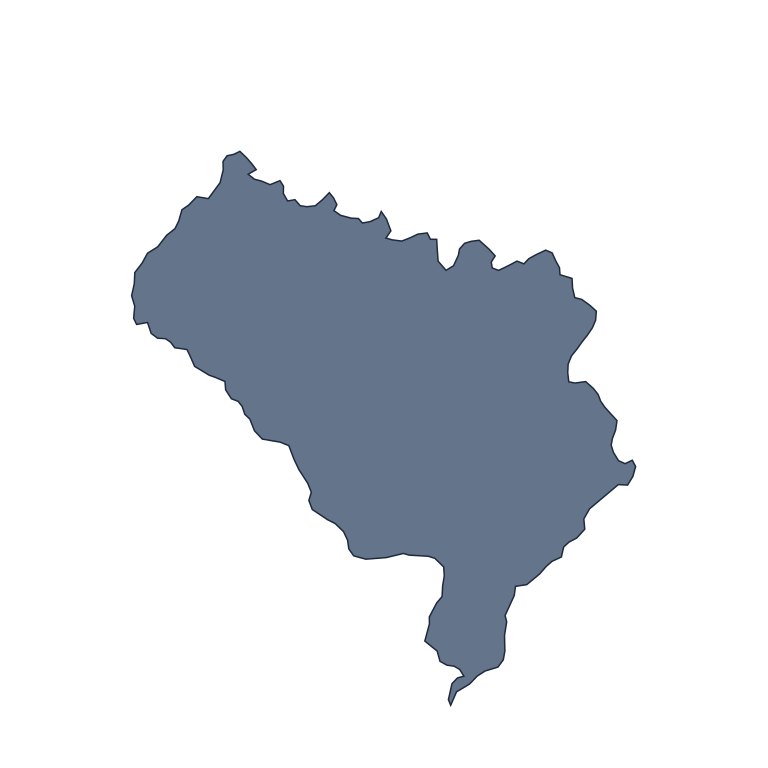 the district of Campo do Tenente, Paraná, Brazil, rotated 39°
{"feature_id": "56859067B28221247728736", "entity_name": "Campo do Tenente", "entity_type": "district", "adm_level": 2, "iso_a3": "BRA", "parent_name": "Brazil", "parent_adm1": "Paraná", "projection": "albers", "projection_center": [-49.655, -25.98], "detail": "fine", "context": "isolated", "style": "filled", "palette": "slate", "viewbox_px": 768, "rotation_deg": 39, "n_neighbors": 0, "source": "geoboundaries", "source_scale": "gbopen_adm2", "svg_char_len": 2606}
<svg xmlns="http://www.w3.org/2000/svg" viewBox="0 0 768 768"><g transform="rotate(39 384 384)"><path d="M636.9,309.3L635.6,299.2L631.5,289.8L624.9,287.0L621.5,294.2L614.5,296.0L605.2,292.7L599.0,288.5L595.8,282.6L593.0,274.1L588.1,265.8L577.3,264.2L570.3,263.1L563.2,261.0L557.0,257.4L549.5,255.7L539.2,255.2L531.8,263.1L526.2,266.0L519.7,259.6L514.6,252.7L512.0,244.1L512.0,235.2L511.4,226.0L511.4,218.5L510.6,209.2L508.3,201.2L503.2,193.8L494.8,193.3L484.5,193.8L477.9,196.8L470.2,190.8L463.7,183.6L452.0,188.3L447.2,183.2L440.4,180.4L432.2,176.3L425.4,178.2L420.9,187.6L417.7,195.4L417.1,202.6L410.0,204.8L407.4,211.0L404.4,217.7L401.5,223.6L395.1,225.7L390.6,221.7L389.8,214.5L380.7,213.1L367.5,212.4L362.0,218.2L358.1,223.9L357.7,231.5L360.8,237.2L363.6,248.3L360.7,256.6L348.8,254.5L340.6,245.8L333.9,238.4L329.0,242.3L322.5,239.4L316.0,246.2L312.2,254.1L307.9,261.7L299.5,266.9L293.6,269.3L293.0,260.7L282.0,254.2L273.3,251.7L275.2,258.2L270.9,266.7L265.9,272.5L260.0,271.5L254.2,275.7L244.2,280.2L236.0,280.8L234.5,274.3L227.6,271.1L221.1,269.7L220.2,279.4L218.4,288.8L212.4,294.8L206.6,298.2L198.8,296.8L193.9,302.4L185.9,299.3L181.4,293.5L175.2,291.4L170.0,300.8L161.3,303.3L154.4,306.4L146.4,306.5L149.8,297.8L142.5,296.0L134.3,294.6L125.6,293.9L122.7,300.1L118.4,305.4L118.8,312.3L124.3,318.8L129.9,330.7L130.8,350.5L120.7,356.2L119.6,368.0L117.3,375.7L121.9,386.5L123.8,394.8L121.5,405.2L121.8,419.9L117.9,431.2L119.9,442.0L120.2,454.2L126.8,463.2L132.3,474.2L141.3,480.4L148.1,490.5L154.3,493.4L161.5,485.0L171.2,491.2L179.2,490.9L185.7,486.3L191.8,485.8L198.5,487.5L209.2,481.2L215.7,484.3L225.8,489.5L242.5,487.2L248.5,485.1L258.8,482.1L264.6,488.2L274.7,491.5L281.5,489.3L287.9,490.7L295.0,495.2L301.8,495.7L312.9,501.9L324.1,503.4L340.0,494.5L348.8,491.8L361.4,499.1L371.8,504.1L387.3,509.2L395.6,513.8L398.9,521.8L407.3,526.7L425.4,525.0L433.9,523.2L445.5,524.2L454.0,528.3L460.4,534.3L468.5,536.6L474.0,534.3L480.2,531.5L495.0,517.5L505.7,503.5L511.2,501.2L526.8,490.0L533.2,487.5L545.5,488.6L551.6,495.2L556.5,503.8L562.9,512.7L562.7,521.0L565.8,536.5L570.3,541.9L577.5,558.1L586.6,558.1L593.4,558.1L602.1,564.3L609.9,562.9L616.0,559.2L622.4,558.2L630.0,560.8L626.1,566.1L625.4,574.0L632.7,588.8L638.0,591.7L634.1,577.6L639.3,563.3L640.3,552.1L643.2,543.4L650.7,532.3L650.3,523.3L645.9,515.3L641.6,510.3L635.8,503.4L629.0,491.6L623.8,487.7L618.3,466.3L613.5,458.5L621.2,450.1L624.5,433.6L624.9,423.5L626.2,416.0L630.7,406.8L626.2,397.6L627.2,390.7L630.7,382.4L631.4,370.5L624.2,363.1L622.3,351.6L629.4,314.7L636.9,309.3Z" fill="#64748b" stroke="#1e293b" stroke-width="1.5"/></g></svg>